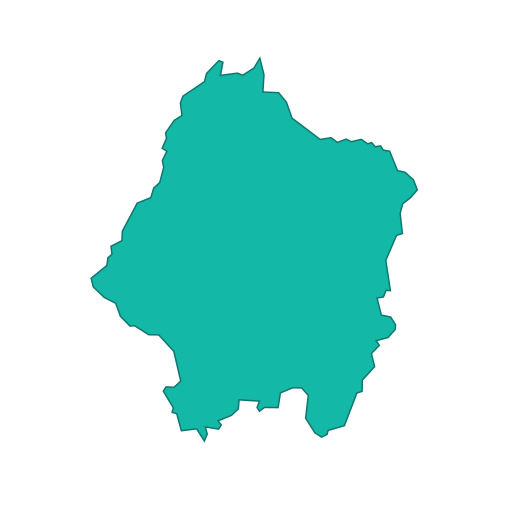 Vinitsa, Vinica, North Macedonia, rotated 195°
{"feature_id": "65306769B11231402107621", "entity_name": "Vinitsa", "entity_type": "district", "adm_level": 2, "iso_a3": "MKD", "parent_name": "North Macedonia", "parent_adm1": "Vinica", "projection": "mercator", "projection_center": [22.586, 41.86], "detail": "fine", "context": "isolated", "style": "filled", "palette": "teal", "viewbox_px": 512, "rotation_deg": 195, "n_neighbors": 0, "source": "geoboundaries", "source_scale": "gbopen_adm2", "svg_char_len": 1550}
<svg xmlns="http://www.w3.org/2000/svg" viewBox="0 0 512 512"><g transform="rotate(195 256 256)"><path d="M368.1,317.7L368.0,302.0L372.4,295.2L372.7,285.2L384.4,276.4L391.5,245.4L389.5,236.1L398.6,227.9L395.6,220.4L398.6,216.0L397.6,208.3L409.5,191.8L405.2,184.0L391.9,176.7L379.3,174.0L371.3,162.6L359.5,155.7L355.2,157.2L339.3,152.2L329.5,154.6L310.7,142.6L296.3,115.7L301.2,108.0L309.0,106.3L310.6,101.5L296.6,88.0L296.6,83.3L291.7,83.1L282.9,67.9L268.6,73.7L258.0,63.9L257.0,71.4L260.7,77.8L247.3,79.1L245.8,83.8L250.0,87.0L238.6,95.6L233.5,103.7L235.1,112.7L215.1,116.7L215.8,110.0L212.5,106.9L208.6,111.9L195.4,115.3L197.0,130.1L186.6,138.1L177.7,140.4L169.4,134.9L166.1,112.2L153.4,100.5L145.9,98.0L141.2,102.0L141.2,106.2L126.7,115.0L123.1,149.7L118.5,152.7L121.2,163.6L112.8,179.8L119.3,191.7L113.7,201.6L118.0,205.3L107.3,211.5L102.5,221.2L103.4,225.7L110.1,231.9L119.7,231.4L128.2,246.8L122.3,249.4L121.5,256.4L117.2,257.3L129.5,285.4L125.6,312.3L120.4,315.6L127.8,334.5L127.8,344.3L121.9,352.2L117.3,361.6L123.7,370.4L134.0,375.5L141.4,375.1L154.0,391.8L160.5,391.2L164.1,394.6L169.2,392.4L173.6,395.5L177.1,393.3L184.5,395.9L193.4,391.1L199.3,392.2L206.7,386.8L214.1,389.7L224.2,385.2L256.9,398.5L266.4,412.4L276.4,419.6L291.8,416.2L295.2,433.1L303.5,448.1L306.6,437.1L315.6,427.2L321.4,427.8L337.1,421.2L338.1,434.6L342.4,435.1L351.0,419.6L350.9,411.1L368.0,391.4L368.6,384.1L363.9,372.6L370.1,365.8L375.2,351.4L372.9,346.6L374.5,335.8L369.2,334.1L371.2,324.1L368.1,317.7Z" fill="#14b8a6" stroke="#0f766e" stroke-width="1.5"/></g></svg>